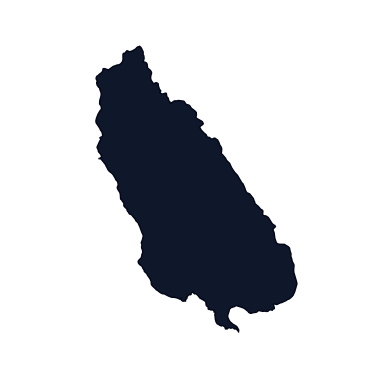 outline of Machetá, Cundinamarca, Colombia, rotated 115°
{"feature_id": "7082276B57289019060192", "entity_name": "Machetá", "entity_type": "district", "adm_level": 2, "iso_a3": "COL", "parent_name": "Colombia", "parent_adm1": "Cundinamarca", "projection": "albers", "projection_center": [-73.613, 5.041], "detail": "fine", "context": "isolated", "style": "filled", "palette": "ink", "viewbox_px": 384, "rotation_deg": 115, "n_neighbors": 0, "source": "geoboundaries", "source_scale": "gbopen_adm2", "svg_char_len": 6060}
<svg xmlns="http://www.w3.org/2000/svg" viewBox="0 0 384 384"><g transform="rotate(115 192 192)"><path d="M298.8,90.9L297.3,91.4L295.4,94.0L294.9,95.4L294.6,99.0L293.6,102.5L292.9,103.8L290.9,106.2L290.0,107.0L288.5,107.6L284.4,108.1L282.9,108.5L281.1,108.2L280.1,107.6L279.6,106.9L278.4,105.8L277.9,105.1L276.3,104.2L276.2,103.8L275.5,98.8L275.3,96.1L275.5,94.7L275.8,93.4L276.5,90.7L277.1,89.8L277.2,88.8L277.2,88.0L277.0,87.2L275.5,85.6L274.0,83.2L273.2,82.5L271.5,81.8L271.2,81.3L270.9,80.4L270.3,77.6L269.0,75.3L268.8,74.1L268.2,73.1L267.8,72.7L266.5,72.2L265.9,71.8L265.5,71.0L265.2,69.3L264.1,69.2L262.9,68.2L262.3,68.4L259.9,70.4L259.7,70.5L258.9,70.3L258.4,69.6L258.3,68.1L257.9,67.4L255.2,65.2L254.1,63.8L252.6,62.6L251.0,61.2L248.8,59.8L248.0,58.9L246.4,58.0L244.1,57.1L243.0,56.8L239.1,56.8L231.5,58.0L230.6,58.3L228.9,59.6L221.6,66.0L218.6,67.4L215.3,68.6L214.6,69.2L212.6,71.8L210.1,73.7L208.5,75.3L206.4,76.1L205.6,76.7L204.5,77.9L201.6,80.0L200.9,81.8L200.6,85.2L200.4,86.0L202.6,91.0L202.8,92.9L202.4,93.9L201.6,94.9L198.9,97.5L194.2,100.4L192.3,102.5L191.9,102.7L190.6,102.7L188.2,101.8L187.6,102.4L187.4,102.9L187.3,104.2L187.1,105.2L186.7,106.2L182.9,112.1L182.5,114.8L183.1,116.9L183.1,117.7L182.4,118.6L179.6,119.6L179.0,120.1L178.7,120.7L178.6,122.7L177.2,125.5L176.1,129.5L175.6,130.3L174.4,131.2L173.7,132.1L172.0,133.7L169.4,138.9L169.4,140.5L169.6,141.0L169.6,141.4L169.1,142.6L168.4,143.7L165.6,146.4L163.2,149.1L162.5,151.0L157.7,157.9L156.1,161.8L154.8,164.0L153.2,166.5L150.2,170.0L148.9,173.7L148.4,174.6L147.2,176.0L145.1,180.6L145.0,181.5L144.9,181.8L142.5,182.5L140.4,183.3L139.7,183.9L138.6,185.1L137.6,186.9L136.2,188.1L134.1,190.8L133.6,193.8L133.7,194.4L133.9,194.7L135.1,195.6L135.6,196.3L135.8,197.0L135.6,198.0L135.3,198.8L135.3,199.4L135.6,200.2L135.7,201.3L135.4,202.0L134.1,203.4L133.6,205.7L132.3,209.1L131.6,210.4L130.0,212.5L128.6,212.2L126.6,211.0L125.7,210.7L125.3,210.7L124.1,212.1L123.8,212.9L123.4,218.3L123.0,219.8L121.8,220.3L120.6,220.5L119.9,220.8L118.1,221.8L117.4,223.5L116.6,226.8L116.6,227.5L115.9,228.8L114.8,230.5L114.6,231.9L114.8,232.3L115.0,234.5L114.7,235.2L113.6,236.8L113.3,237.4L113.3,238.1L114.8,242.9L116.0,244.5L116.6,245.9L117.1,246.6L119.6,248.1L120.6,249.0L120.5,249.3L120.1,249.6L119.8,250.0L119.5,251.0L119.1,251.6L116.9,253.4L116.8,254.4L116.5,254.7L115.2,255.9L113.7,256.8L113.5,257.1L113.5,257.4L113.7,257.8L115.6,260.0L115.9,260.6L115.9,261.1L115.6,262.8L115.3,263.1L113.7,263.1L113.3,263.4L112.9,264.5L112.0,265.7L111.5,266.0L110.3,267.2L108.4,268.3L108.1,268.7L108.0,269.9L108.1,270.7L108.7,271.4L109.8,271.9L110.0,272.3L110.0,272.8L109.5,273.8L108.0,276.3L106.3,277.7L104.0,278.5L101.5,278.9L100.6,279.4L99.5,280.9L99.1,282.0L98.6,284.1L98.0,285.1L97.8,285.3L97.0,285.5L96.0,286.3L95.4,286.5L94.4,287.6L94.2,289.0L94.7,291.2L91.2,291.9L89.0,293.2L88.4,294.2L87.9,294.5L85.7,295.5L82.9,298.9L82.1,300.9L82.7,301.1L83.0,302.1L83.5,302.5L84.6,303.1L85.9,303.4L87.4,304.3L89.1,305.5L91.2,307.5L91.3,307.8L91.4,310.5L91.6,310.7L94.9,311.6L95.1,311.7L95.3,312.6L95.9,312.7L96.4,312.7L100.4,310.8L102.0,310.2L103.4,310.1L105.4,310.6L106.9,311.3L108.0,312.4L108.4,313.3L111.6,316.5L116.7,319.3L117.1,323.2L117.7,324.5L118.2,324.6L119.3,324.1L121.1,324.1L122.5,324.6L124.2,325.6L126.2,326.3L127.1,327.0L128.2,327.2L129.5,326.9L130.0,326.6L131.8,324.3L132.2,323.9L132.6,324.0L132.6,324.4L132.8,324.7L133.3,324.5L134.4,323.8L135.4,322.8L136.5,320.7L136.7,319.9L137.1,319.4L138.3,318.5L140.0,316.7L142.0,315.4L144.3,314.8L148.1,314.2L150.1,313.4L151.2,312.9L151.6,312.3L152.2,311.1L152.8,310.5L155.0,309.1L155.8,309.2L156.6,309.5L158.7,309.8L161.5,310.0L165.6,309.7L168.3,309.1L169.9,307.9L172.2,304.0L173.3,302.3L174.6,300.9L175.3,299.5L176.1,298.5L178.2,297.0L179.2,296.7L179.7,296.8L180.7,297.5L181.1,298.0L181.6,298.3L182.0,298.1L182.6,297.2L183.1,296.9L183.6,296.8L184.8,297.1L191.3,297.0L192.0,296.6L193.4,294.8L194.6,294.1L195.1,293.5L196.4,290.6L197.2,289.7L197.9,289.1L198.5,288.9L199.0,288.9L200.4,289.7L201.3,290.9L200.5,289.2L200.5,288.5L202.6,284.0L203.5,282.3L207.4,277.3L208.1,275.8L209.0,272.1L209.5,271.0L211.6,267.8L213.0,266.2L213.8,264.3L214.1,263.7L215.7,262.5L217.0,261.7L218.3,261.8L219.4,261.6L220.1,261.2L221.3,259.8L222.9,257.2L224.3,256.0L228.5,253.7L229.1,251.9L229.9,250.9L230.6,249.3L231.8,248.4L232.6,248.3L233.3,247.9L233.7,247.2L234.2,246.0L234.8,244.0L236.2,242.8L236.8,241.9L237.0,241.1L237.7,240.4L238.3,239.3L238.1,238.2L238.3,236.7L239.1,235.3L240.3,232.5L241.2,231.2L241.7,230.8L242.7,227.9L245.7,224.4L249.8,220.3L251.7,218.1L252.0,217.8L252.8,217.5L255.2,216.9L256.7,216.7L259.0,216.6L259.8,216.2L260.9,215.1L261.9,214.7L263.0,214.5L264.4,213.6L265.0,212.7L267.4,211.1L269.9,210.9L271.2,210.5L273.1,210.2L276.6,211.4L277.6,211.4L278.4,211.0L279.3,210.1L280.1,207.9L280.2,206.5L280.4,206.0L282.1,203.9L283.3,202.0L284.0,201.7L284.2,201.3L285.0,198.6L286.2,197.1L288.5,193.1L290.2,191.3L292.9,189.7L293.6,188.6L294.0,187.7L295.2,184.0L295.6,183.3L295.8,181.6L296.6,178.0L296.6,175.7L296.0,174.2L296.2,169.5L296.0,166.3L294.7,162.8L294.2,160.3L294.2,157.7L293.0,157.0L294.1,156.5L294.6,155.3L294.7,154.7L294.8,154.0L294.5,153.6L293.7,153.3L293.9,152.3L293.8,152.0L293.4,151.8L292.6,152.5L291.5,152.0L290.5,151.8L288.6,152.2L286.4,151.4L286.1,151.1L286.0,150.3L285.2,149.6L284.1,150.1L282.1,149.1L282.7,148.2L283.1,147.1L283.1,146.4L282.8,146.0L282.5,144.9L284.0,141.3L284.7,140.4L285.2,134.8L285.5,133.4L285.9,132.9L287.8,131.8L288.6,131.2L289.1,130.5L289.3,128.9L291.0,127.9L291.2,127.7L291.3,127.3L290.8,126.4L290.9,124.9L290.1,124.1L290.0,123.8L290.2,123.0L290.2,122.0L290.4,121.8L291.4,121.3L291.0,119.7L291.3,119.6L292.4,119.7L293.8,119.3L295.6,118.0L297.4,117.1L299.7,115.1L300.8,113.3L300.6,111.9L300.8,111.6L301.0,110.9L301.0,108.9L300.1,108.1L300.1,106.5L300.3,105.5L301.3,104.0L301.8,104.0L301.9,103.8L301.3,103.1L301.4,102.8L301.4,102.5L301.0,102.3L300.1,102.0L299.8,101.5L299.3,101.1L299.1,100.8L299.0,99.1L298.2,98.6L297.8,98.0L298.1,95.8L297.5,93.9L297.6,93.4L298.8,90.9Z" fill="#0f172a" stroke="#020617" stroke-width="1.5"/></g></svg>